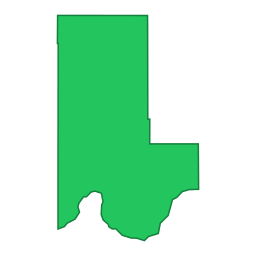 the district of Ellis, Oklahoma, United States of America
{"feature_id": "52423323B61060611937313", "entity_name": "Ellis", "entity_type": "district", "adm_level": 2, "iso_a3": "USA", "parent_name": "United States of America", "parent_adm1": "Oklahoma", "projection": "equal_earth", "projection_center": [-99.742, 36.218], "detail": "fine", "context": "isolated", "style": "filled", "palette": "green", "viewbox_px": 256, "rotation_deg": 0, "n_neighbors": 0, "source": "geoboundaries", "source_scale": "gbopen_adm2", "svg_char_len": 638}
<svg xmlns="http://www.w3.org/2000/svg" viewBox="0 0 256 256"><path d="M57.6,15.4L57.4,43.4L58.2,43.3L58.0,176.5L58.0,229.0L64.4,226.6L67.2,223.2L75.1,219.1L79.5,212.2L77.9,206.7L78.9,203.2L83.5,196.8L86.4,196.8L91.0,192.1L94.9,191.1L101.4,193.2L103.0,201.7L101.7,205.1L101.2,214.5L103.2,220.0L108.2,224.3L108.9,226.8L112.3,229.0L115.7,228.7L122.3,235.3L131.2,238.0L136.8,238.2L144.4,240.6L148.5,236.5L158.3,233.5L160.3,223.2L168.1,215.5L172.5,199.6L176.7,197.5L182.3,191.6L189.2,189.6L198.6,189.3L198.3,143.9L149.7,143.9L149.8,119.1L147.8,119.2L147.6,23.7L147.5,15.5L57.6,15.4Z" fill="#22c55e" stroke="#15803d" stroke-width="1.5"/></svg>